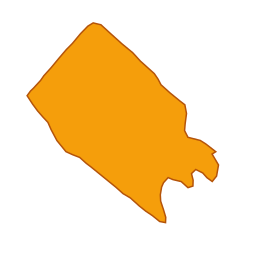 Avgorou, Famagusta, Cyprus, rotated 132°
{"feature_id": "46923920B41547139888237", "entity_name": "Avgorou", "entity_type": "district", "adm_level": 2, "iso_a3": "CYP", "parent_name": "Cyprus", "parent_adm1": "Famagusta", "projection": "equal_earth", "projection_center": [33.844, 35.044], "detail": "fine", "context": "isolated", "style": "filled", "palette": "amber", "viewbox_px": 256, "rotation_deg": 132, "n_neighbors": 0, "source": "geoboundaries", "source_scale": "gbopen_adm2", "svg_char_len": 1031}
<svg xmlns="http://www.w3.org/2000/svg" viewBox="0 0 256 256"><g transform="rotate(132 128 128)"><path d="M173.2,36.8L169.1,40.2L165.0,46.9L160.5,54.8L156.0,59.3L149.4,63.5L144.9,65.0L138.0,65.0L136.3,60.1L132.2,52.6L132.2,43.5L127.7,40.9L123.2,44.7L119.4,50.3L113.5,49.9L111.4,42.4L112.1,36.0L111.4,29.6L104.5,30.0L94.9,36.0L91.1,48.1L86.9,46.9L87.8,59.5L88.9,66.0L94.8,77.2L92.1,84.2L86.7,88.3L78.1,94.2L72.7,101.3L73.2,107.7L73.8,120.1L73.8,132.4L71.6,138.3L70.0,144.8L70.0,154.8L70.0,163.6L68.9,174.8L69.5,188.9L69.5,199.5L69.5,206.0L69.4,217.2L73.2,224.2L74.5,224.6L79.2,226.0L79.3,226.0L87.4,226.3L89.5,226.4L102.4,225.9L110.7,226.3L111.1,226.3L122.4,226.0L134.4,225.5L145.5,225.5L151.1,224.8L161.7,224.9L165.7,225.2L171.5,224.6L174.1,214.8L175.8,206.6L176.8,198.3L177.4,191.3L180.6,184.2L184.9,172.4L187.1,158.3L184.9,151.3L182.2,144.2L182.2,135.4L181.7,129.5L180.6,107.2L180.1,97.2L180.1,87.8L178.4,79.5L178.4,67.2L177.9,58.9L176.8,51.3L176.3,41.9L173.2,36.8Z" fill="#f59e0b" stroke="#b45309" stroke-width="1.5"/></g></svg>